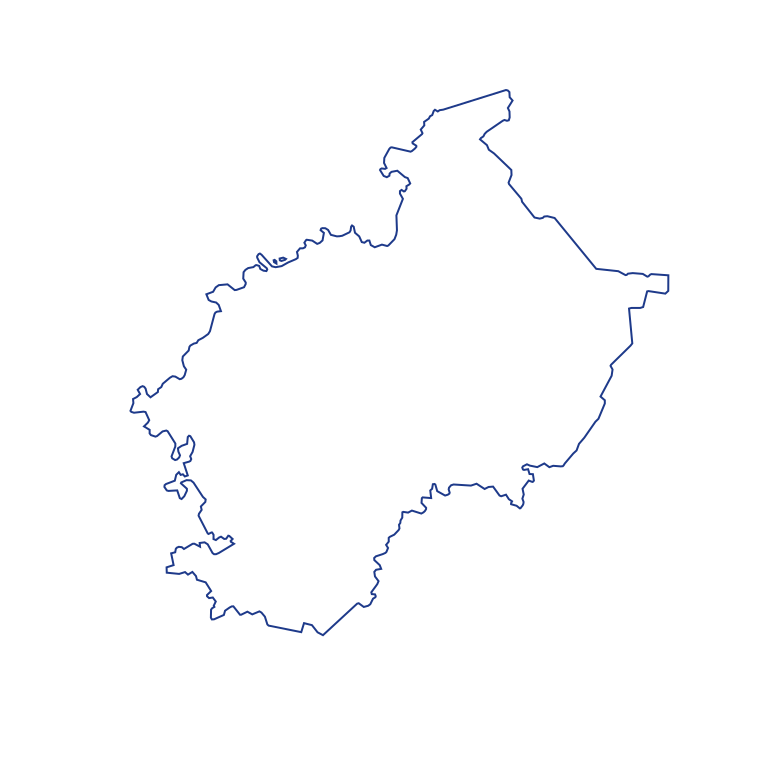 the Region of Omsk, rotated 50°
{"feature_id": "RUS-2397", "entity_name": "Omsk", "entity_type": "Region", "adm_level": 1, "iso_a3": "RUS", "parent_name": "Russia", "parent_adm1": "", "projection": "albers", "projection_center": [72.959, 56.006], "detail": "fine", "context": "isolated", "style": "outline", "palette": "blue", "viewbox_px": 768, "rotation_deg": 50, "n_neighbors": 0, "source": "natural_earth", "source_scale": "10m", "svg_char_len": 6166}
<svg xmlns="http://www.w3.org/2000/svg" viewBox="0 0 768 768"><g transform="rotate(50 384 384)"><path d="M241.8,525.9L236.1,523.2L233.6,520.4L232.8,512.1L230.5,509.2L230.1,507.6L230.8,503.7L232.1,501.1L231.1,498.1L232.2,493.1L232.7,486.5L231.7,483.4L221.5,468.9L220.9,467.2L221.3,465.3L223.4,462.1L217.2,459.8L213.7,460.2L209.8,463.2L206.9,464.3L201.1,462.4L203.5,455.6L201.8,450.9L202.1,447.0L207.1,439.8L216.1,438.0L217.1,436.5L219.9,429.0L218.5,425.7L217.4,424.7L212.8,424.1L208.1,419.7L207.5,416.8L207.9,413.5L210.5,408.9L210.5,406.0L211.0,405.2L213.3,403.7L216.4,404.8L219.7,403.5L221.9,401.5L221.2,399.8L219.9,399.4L210.7,401.1L205.7,399.9L204.6,399.1L203.9,396.6L204.3,395.2L206.3,394.7L221.9,394.2L224.9,391.9L227.9,386.6L229.3,379.2L231.7,371.3L231.9,369.1L230.3,367.5L226.9,365.8L226.1,361.1L228.0,358.8L228.5,356.7L227.5,354.8L224.6,354.2L223.7,351.3L223.8,350.5L228.0,346.8L233.7,345.1L234.6,342.6L234.5,338.8L229.6,332.9L225.4,333.7L224.6,332.3L225.0,331.0L227.0,328.8L230.1,327.8L235.6,328.8L240.5,325.3L242.0,323.4L243.6,320.7L245.6,312.9L244.9,310.9L242.3,308.0L242.0,306.6L244.0,306.1L249.5,309.0L255.0,308.1L261.0,309.8L263.2,308.2L263.4,304.5L264.7,303.0L269.1,304.8L273.3,303.2L275.9,296.0L280.3,292.9L280.7,291.6L279.8,282.9L277.5,278.7L274.6,275.3L262.8,266.1L254.3,250.5L248.4,249.4L246.5,247.8L246.6,245.8L249.3,245.0L249.7,244.1L248.9,241.2L246.9,239.7L247.4,236.4L247.2,235.0L241.5,233.5L238.9,235.0L229.2,236.7L226.3,241.9L226.4,244.4L227.9,246.0L227.4,248.9L224.4,250.5L217.5,249.5L217.1,248.5L217.4,247.2L219.9,244.9L220.2,243.2L214.7,241.9L211.0,238.4L207.3,228.8L207.1,227.0L207.7,225.9L223.1,214.3L223.5,212.8L223.5,208.8L223.1,206.7L222.2,206.1L218.1,207.4L217.0,206.8L217.0,194.2L216.6,193.3L212.7,192.3L211.8,186.9L209.0,184.8L209.5,179.1L208.5,176.6L209.0,174.2L206.8,170.4L206.7,168.7L209.8,167.6L210.0,165.4L211.9,162.3L237.2,101.6L238.7,100.5L241.0,100.3L245.1,103.4L249.5,103.3L252.2,111.7L255.9,112.7L260.6,116.4L262.2,118.9L261.4,120.6L259.2,122.0L258.7,123.7L256.8,143.2L257.1,146.1L258.2,148.7L257.9,151.7L258.3,153.2L267.2,151.6L271.9,153.1L278.1,151.5L301.9,148.9L305.9,152.0L309.8,159.1L311.2,159.7L330.4,159.7L333.2,161.1L353.2,161.7L357.4,158.4L358.8,155.6L358.7,153.6L360.5,151.0L366.5,146.6L432.2,147.4L448.2,132.0L455.8,129.0L456.4,128.0L456.3,126.2L458.9,122.2L466.0,115.0L471.0,113.3L471.5,112.2L471.3,109.8L471.7,108.5L483.5,96.3L495.4,106.4L495.6,110.4L482.8,121.7L482.2,122.9L491.6,136.0L490.4,138.9L484.8,145.5L483.7,147.8L512.5,167.7L513.1,170.6L515.2,197.6L515.7,198.8L519.8,199.6L524.0,204.3L532.8,226.2L538.4,225.3L540.9,227.4L548.5,242.1L548.8,246.3L553.9,265.1L555.2,273.1L558.7,279.2L558.9,283.7L561.1,296.6L561.8,298.7L561.9,299.9L560.7,301.6L555.4,307.0L554.0,310.8L547.9,312.3L546.2,320.0L540.3,324.7L537.4,326.1L536.4,330.5L536.9,331.8L538.8,332.5L539.8,332.0L541.9,328.4L546.5,330.4L548.8,327.9L554.4,331.3L554.6,333.0L554.2,333.4L551.0,335.2L553.3,345.2L558.5,348.0L560.8,351.7L564.1,352.9L565.4,354.3L566.1,355.7L566.9,359.3L566.6,359.9L562.5,360.7L557.8,363.9L557.0,363.3L556.2,361.3L552.5,362.4L547.2,361.7L545.3,366.4L543.7,367.2L532.7,366.4L530.1,370.1L529.1,374.4L519.9,377.2L517.7,382.7L505.7,395.3L504.7,397.7L505.2,400.8L506.3,402.2L509.4,403.5L510.0,404.4L509.8,406.3L508.7,408.9L500.3,412.1L494.0,409.3L493.0,409.6L492.2,411.0L495.2,414.5L495.3,417.0L501.7,421.2L495.7,427.3L495.8,428.4L499.2,431.7L505.9,431.3L506.9,432.2L507.6,434.3L507.7,436.3L507.2,438.7L498.9,444.0L498.0,448.2L494.3,451.5L494.1,452.4L498.1,455.9L499.2,459.1L500.9,460.8L501.5,463.0L504.6,465.0L505.3,466.7L506.0,473.0L504.8,477.9L504.9,479.3L507.8,481.7L508.6,485.8L512.2,486.3L514.2,490.1L514.3,491.5L513.5,494.3L510.8,501.0L511.0,503.4L512.7,504.6L520.0,503.7L523.8,505.0L521.2,509.5L521.7,512.2L525.6,514.6L531.5,514.9L533.0,517.8L535.4,527.6L537.1,528.4L539.4,526.1L541.2,526.7L541.8,527.7L541.4,530.4L543.9,536.1L543.7,538.7L541.8,542.8L535.7,544.3L535.0,545.8L537.2,592.2L531.5,594.5L522.4,594.2L515.8,599.0L520.9,606.9L494.9,627.7L493.2,627.9L485.7,624.8L480.3,624.8L478.1,625.6L475.8,633.0L470.6,635.0L468.9,641.8L468.2,642.6L457.5,642.3L456.5,643.6L456.0,645.9L455.5,651.5L458.0,655.1L455.0,665.5L453.7,667.2L451.7,666.8L445.7,661.5L445.3,659.8L445.7,657.2L444.4,656.9L442.5,652.7L437.5,652.4L435.6,655.6L432.9,656.0L431.9,655.3L431.5,649.5L421.3,648.1L413.7,653.1L410.3,651.5L404.8,651.6L404.0,656.7L400.2,657.3L397.8,663.0L388.9,671.7L384.7,668.4L387.5,661.6L376.9,655.9L378.7,652.1L376.5,649.5L376.2,648.0L376.8,645.9L379.0,643.8L381.8,643.3L383.4,633.3L384.5,631.9L390.4,629.5L387.3,627.4L390.0,623.2L393.5,622.1L403.3,624.0L405.1,623.6L406.4,622.1L407.3,619.1L410.0,601.6L406.4,602.7L405.7,602.4L405.4,599.6L400.9,600.2L400.1,600.8L401.1,604.3L400.0,606.0L396.2,607.0L395.6,609.0L395.5,613.1L393.2,614.3L390.0,611.5L387.3,611.1L386.8,611.6L386.1,614.8L385.2,615.1L365.7,610.7L364.5,609.2L363.2,604.6L360.1,603.0L359.5,596.7L357.8,594.8L354.1,595.3L337.1,593.3L333.7,593.9L330.7,597.1L329.1,602.6L329.5,603.4L337.5,602.3L339.1,603.6L341.6,609.1L342.0,613.0L340.2,613.8L332.6,610.8L327.3,617.9L325.9,618.8L321.7,618.4L320.5,617.1L320.5,615.3L323.6,606.4L320.0,601.5L319.7,597.8L322.9,598.2L323.9,596.1L326.8,596.0L327.9,593.1L315.9,588.3L318.2,583.2L318.5,581.8L317.6,579.9L314.7,578.9L313.0,574.3L308.7,568.3L306.6,567.0L299.5,565.9L298.3,566.6L298.5,568.4L303.3,573.3L301.3,578.7L300.8,583.2L303.7,585.0L307.5,586.1L308.6,588.1L308.8,591.1L308.0,592.9L304.8,594.0L302.9,593.3L297.7,584.0L295.5,582.1L281.1,580.1L279.7,580.7L278.0,584.1L278.0,591.3L277.4,592.9L273.3,595.4L271.2,595.3L268.5,593.0L262.2,595.1L261.8,589.7L260.8,587.1L252.2,584.7L250.6,586.0L245.3,594.0L242.9,595.5L241.6,595.5L237.6,588.3L234.2,585.9L235.1,581.8L234.9,577.3L230.1,576.4L229.8,572.5L230.5,570.3L232.0,569.5L234.3,569.6L239.3,572.0L244.1,571.4L244.8,562.4L242.8,560.4L243.2,556.6L241.6,553.3L241.6,544.0L242.1,541.0L244.2,539.1L249.0,537.4L249.8,535.8L249.9,533.3L249.1,531.0L245.9,526.3L241.8,525.9ZM222.4,380.0L225.2,378.7L225.3,379.9L223.8,383.5L222.3,384.3L220.8,383.3L222.4,380.0ZM220.8,387.6L222.6,389.0L220.0,389.9L218.3,389.0L218.6,388.0L220.8,387.6Z" fill="none" stroke="#1e3a8a" stroke-width="2"/></g></svg>